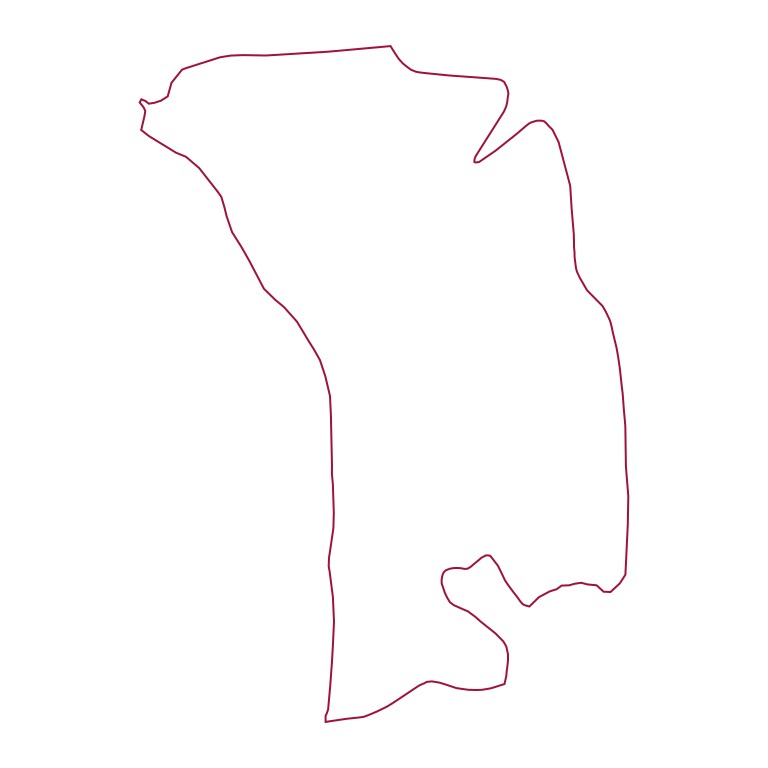 the district of Thakhek, Khammouan, Laos
{"feature_id": "54806243B53814291483739", "entity_name": "Thakhek", "entity_type": "district", "adm_level": 2, "iso_a3": "LAO", "parent_name": "Laos", "parent_adm1": "Khammouan", "projection": "robinson", "projection_center": [104.881, 17.385], "detail": "fine", "context": "isolated", "style": "outline", "palette": "rose", "viewbox_px": 768, "rotation_deg": 0, "n_neighbors": 0, "source": "geoboundaries", "source_scale": "gbopen_adm2", "svg_char_len": 2832}
<svg xmlns="http://www.w3.org/2000/svg" viewBox="0 0 768 768"><path d="M141.2,130.0L149.1,136.2L176.0,152.7L186.0,156.8L199.2,168.1L217.6,191.6L221.3,196.8L224.3,206.8L226.7,216.5L232.1,232.2L241.5,247.1L249.4,261.0L263.9,288.7L275.1,299.7L284.1,307.2L297.0,321.7L308.2,340.3L313.8,349.2L320.0,360.2L325.3,376.2L330.0,396.0L330.9,415.1L331.6,447.8L332.0,466.1L332.0,466.3L331.9,473.5L332.9,484.9L333.8,513.1L333.4,528.0L330.9,545.3L329.0,557.8L328.7,566.2L329.7,572.0L332.9,597.1L334.0,621.7L332.8,647.3L331.9,663.0L330.1,687.3L328.1,709.6L326.5,714.0L325.9,715.2L325.6,715.7L325.6,721.9L346.5,718.8L359.8,717.4L363.9,716.8L370.9,714.1L377.8,711.1L387.0,706.6L393.6,702.5L419.0,685.6L422.4,684.0L424.3,683.3L426.6,681.9L431.9,681.4L439.3,682.6L445.6,684.5L456.4,688.1L468.4,689.8L475.9,690.0L482.0,689.8L486.9,689.0L490.9,688.3L496.4,686.6L504.5,684.0L506.3,676.0L506.7,671.2L507.4,666.2L508.0,660.3L508.0,654.3L506.3,646.5L503.4,641.5L495.8,633.7L490.1,629.1L485.9,625.8L480.3,621.3L475.3,616.8L470.9,613.6L467.9,611.3L462.6,609.1L453.7,605.1L449.9,602.2L447.2,597.7L445.0,593.2L443.3,588.2L441.7,583.5L441.6,579.8L442.4,575.3L443.8,572.2L445.8,570.3L448.0,569.4L449.9,568.7L454.3,568.0L457.9,568.0L460.8,568.2L464.6,568.9L467.6,568.7L470.7,566.8L473.5,564.4L481.4,557.8L484.0,556.4L485.9,555.4L487.7,555.4L490.1,555.7L492.0,558.0L497.9,565.7L502.2,574.4L505.0,580.4L508.4,585.4L513.3,592.0L517.8,597.8L519.9,600.8L522.2,603.7L524.4,605.1L529.4,606.5L539.0,597.1L549.7,591.4L556.7,589.2L561.6,585.6L569.1,585.3L574.9,583.7L581.3,582.8L587.4,584.4L596.6,585.3L603.6,591.7L610.5,592.0L619.8,583.4L625.4,574.7L625.8,566.5L627.8,524.3L628.3,496.2L625.9,466.3L625.4,430.3L625.3,426.0L624.8,420.0L623.9,410.3L622.7,393.9L621.9,387.4L619.8,368.3L618.9,361.9L618.0,356.0L616.6,348.0L613.0,333.2L611.9,328.0L610.9,323.7L609.7,319.9L605.8,311.7L602.6,306.1L587.1,290.4L579.7,277.6L576.9,271.6L575.9,267.6L575.2,261.9L574.6,257.2L574.5,252.3L574.0,246.7L574.0,243.2L574.0,242.4L573.9,238.0L573.8,234.4L572.4,217.6L571.6,208.1L570.2,185.7L558.6,142.1L555.1,135.0L552.6,129.9L548.6,125.9L546.7,123.6L544.3,121.4L541.7,120.7L539.1,120.7L537.0,120.7L534.4,121.4L531.8,122.2L529.4,123.3L525.5,126.3L517.4,133.3L495.4,150.8L479.1,162.0L476.5,162.4L475.4,162.4L474.4,162.0L474.4,160.2L474.8,158.3L475.9,155.8L503.8,111.8L506.2,106.5L507.2,102.2L507.9,96.6L508.4,93.7L507.9,90.7L506.8,87.0L505.4,84.3L504.1,81.9L500.8,79.9L496.2,78.9L480.0,77.7L449.4,75.5L424.5,73.0L419.5,72.4L415.8,71.7L410.9,69.7L406.2,66.2L402.8,63.4L398.9,59.1L394.3,52.2L390.5,46.1L328.1,51.7L266.0,55.5L242.9,55.1L230.7,55.6L225.5,56.4L220.0,57.3L199.0,64.0L186.1,68.1L182.0,69.7L171.5,82.8L167.7,96.4L160.9,100.7L154.4,102.8L148.8,103.7L145.4,101.0L141.4,99.3L139.7,102.5L143.5,107.2L145.3,110.9L144.5,116.0L141.2,130.0Z" fill="none" stroke="#9f1239" stroke-width="2"/></svg>